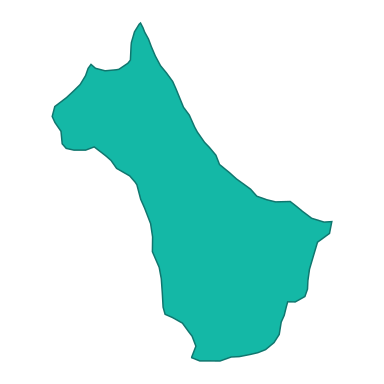 the district of Yardymli District, Yardımlı, Azerbaijan, rotated 270°
{"feature_id": "54616110B63590673188827", "entity_name": "Yardymli District", "entity_type": "district", "adm_level": 2, "iso_a3": "AZE", "parent_name": "Azerbaijan", "parent_adm1": "Yardımlı", "projection": "albers", "projection_center": [48.274, 38.907], "detail": "fine", "context": "isolated", "style": "filled", "palette": "teal", "viewbox_px": 384, "rotation_deg": 270, "n_neighbors": 0, "source": "geoboundaries", "source_scale": "gbopen_adm2", "svg_char_len": 1362}
<svg xmlns="http://www.w3.org/2000/svg" viewBox="0 0 384 384"><g transform="rotate(270 192 192)"><path d="M319.6,91.0L315.6,88.1L308.4,85.6L299.5,80.2L293.6,74.2L286.4,66.5L277.5,54.8L267.5,52.2L261.4,55.0L252.7,61.0L240.2,62.2L235.6,66.2L233.9,73.9L233.9,78.3L233.9,85.7L237.1,94.2L228.3,105.6L223.6,111.0L215.6,116.6L208.1,129.7L201.9,135.1L199.2,136.9L184.7,140.7L175.7,144.7L160.4,150.6L147.1,152.6L132.3,152.4L116.6,159.2L105.2,161.3L91.1,162.3L76.8,163.1L69.7,165.1L66.5,172.4L60.9,182.4L52.1,188.8L47.8,192.1L37.8,195.9L26.9,191.7L26.3,191.7L23.1,199.7L23.1,209.4L23.0,220.0L27.0,231.2L27.4,239.4L29.5,250.0L31.3,257.8L34.4,265.6L41.4,274.0L49.5,279.2L61.9,281.2L68.6,284.2L77.2,286.3L82.2,287.7L82.1,295.3L87.5,304.9L94.9,307.5L103.4,307.9L114.8,309.5L129.7,313.9L141.8,317.5L150.6,329.5L162.4,331.8L161.9,324.1L165.7,311.7L172.7,302.4L177.5,296.6L182.5,290.2L182.1,275.6L184.3,266.6L187.8,256.8L194.8,250.6L199.2,244.6L205.1,236.4L210.9,230.0L219.5,219.5L228.8,215.9L236.7,209.3L241.7,204.5L252.0,197.3L256.8,194.7L268.9,189.3L276.7,183.5L295.3,175.9L302.5,172.7L311.0,166.5L318.3,160.5L328.0,155.3L337.4,151.3L344.9,148.5L352.0,144.6L356.2,143.0L361.0,140.5L359.8,139.2L352.2,134.5L341.5,131.4L338.4,131.1L323.9,130.4L320.7,127.8L314.7,118.9L314.2,116.1L313.2,105.1L315.7,95.5L319.6,91.0Z" fill="#14b8a6" stroke="#0f766e" stroke-width="1.5"/></g></svg>